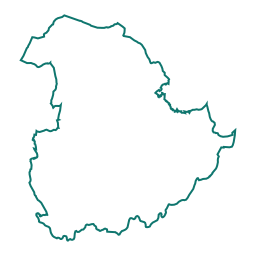 the district of Yahualica, Hidalgo, Mexico
{"feature_id": "50627088B30826569642234", "entity_name": "Yahualica", "entity_type": "district", "adm_level": 2, "iso_a3": "MEX", "parent_name": "Mexico", "parent_adm1": "Hidalgo", "projection": "robinson", "projection_center": [-98.388, 20.92], "detail": "fine", "context": "isolated", "style": "outline", "palette": "teal", "viewbox_px": 256, "rotation_deg": 0, "n_neighbors": 0, "source": "geoboundaries", "source_scale": "gbopen_adm2", "svg_char_len": 5711}
<svg xmlns="http://www.w3.org/2000/svg" viewBox="0 0 256 256"><path d="M32.3,37.2L29.7,43.3L28.2,45.9L28.0,46.9L26.8,48.2L23.5,55.8L20.8,60.2L27.1,63.1L31.1,63.0L33.1,63.8L34.0,64.0L35.7,65.0L37.3,66.8L38.2,67.1L39.4,66.9L41.5,65.8L43.2,64.5L45.1,63.7L46.1,63.4L47.0,63.5L47.4,63.3L48.0,63.6L48.8,63.5L49.8,63.2L50.3,62.7L50.3,63.2L53.8,67.8L55.4,76.2L56.3,79.3L56.5,82.7L56.8,83.7L56.0,86.5L56.1,87.6L55.8,88.8L55.4,89.7L53.4,91.6L53.2,94.4L52.9,95.7L52.0,98.8L51.3,100.2L51.3,102.8L50.8,103.4L52.5,105.7L52.9,106.5L53.0,107.4L53.2,107.8L54.7,106.2L55.7,105.9L58.8,106.0L59.6,105.8L60.4,105.5L60.8,105.0L60.1,110.5L58.9,114.7L58.2,118.6L58.2,119.3L58.9,119.7L57.0,120.3L57.9,122.8L58.2,127.3L58.5,127.9L57.6,127.9L56.5,129.4L55.7,130.1L53.8,129.8L51.5,131.0L50.4,131.2L49.6,131.1L46.6,129.7L45.3,130.0L44.2,130.6L39.7,132.0L37.1,131.5L36.5,131.0L36.0,134.9L34.4,134.6L34.1,136.8L33.2,137.9L32.7,139.9L33.6,140.6L34.0,140.6L34.1,140.3L34.8,141.6L34.6,143.8L35.3,144.3L35.9,146.9L36.1,149.3L34.1,148.6L34.4,149.4L35.3,150.6L35.5,151.2L36.0,151.8L36.9,153.3L37.3,154.8L37.4,156.5L37.3,156.8L36.9,157.0L36.9,157.4L34.6,158.6L34.3,158.7L34.4,157.9L31.6,158.7L30.5,159.5L30.7,160.7L30.4,161.2L30.9,162.1L31.6,165.1L31.3,169.0L30.4,169.4L30.1,171.2L29.5,172.2L29.6,174.4L30.6,179.3L30.6,180.1L30.3,181.4L29.4,182.7L30.6,185.9L34.2,192.3L34.5,194.3L35.0,195.4L35.8,195.9L36.1,197.0L37.8,200.0L39.1,200.8L41.2,202.7L46.3,211.7L47.3,214.9L47.1,215.0L45.9,214.5L45.0,215.1L43.2,214.9L40.7,216.3L40.2,216.3L40.0,216.2L39.9,215.8L40.6,215.5L40.5,215.1L39.0,214.1L38.5,213.4L37.7,213.2L36.5,213.7L36.4,214.1L36.6,214.8L36.3,215.1L36.9,216.4L37.9,217.5L38.4,218.5L39.1,220.8L39.0,221.6L40.2,222.4L41.6,222.7L43.6,223.6L45.0,225.3L46.3,226.0L48.7,226.9L50.0,228.3L50.7,232.0L51.2,233.4L52.7,235.9L54.1,237.0L56.9,238.3L57.4,237.8L58.1,237.7L59.3,238.0L60.6,239.0L61.4,239.0L62.4,238.3L63.5,236.1L64.6,235.9L66.3,236.4L66.8,237.7L66.8,238.8L67.3,240.3L67.9,240.6L69.1,239.6L69.8,239.2L70.4,239.1L71.1,239.7L72.3,239.8L73.7,239.2L74.4,237.7L74.8,233.4L75.4,231.3L76.3,231.0L76.5,231.4L77.8,232.0L79.1,231.8L81.8,229.7L83.4,229.5L85.3,227.2L85.5,226.0L85.9,225.2L87.0,224.5L88.9,225.0L91.5,224.2L93.3,224.0L93.7,224.3L94.4,225.5L95.7,226.3L96.2,227.2L96.2,228.6L97.5,229.7L98.7,229.9L99.5,230.8L100.2,230.9L102.3,229.9L103.4,229.6L104.2,228.9L105.1,228.6L107.0,229.4L107.2,231.7L115.5,232.2L115.7,232.5L117.3,233.4L118.5,234.7L119.5,234.5L120.6,232.5L122.0,231.0L123.3,230.6L125.2,229.7L126.2,229.0L127.5,227.4L129.2,219.9L130.1,218.4L131.0,218.1L131.9,218.3L133.8,219.2L134.2,219.1L135.3,218.3L135.4,217.5L136.2,216.5L137.2,216.0L138.4,216.6L139.1,217.8L140.0,220.2L140.5,221.0L144.2,222.1L145.1,222.8L145.7,224.7L145.7,226.4L146.0,227.0L147.0,227.2L148.5,227.0L149.8,226.5L150.9,224.4L152.7,222.6L157.3,220.2L158.4,217.8L158.7,214.6L160.2,213.2L161.2,213.4L161.6,214.6L161.3,215.6L161.5,216.4L162.2,217.2L162.7,217.3L163.4,216.9L164.2,216.2L165.3,214.4L165.4,213.6L165.8,213.2L166.0,212.2L165.6,210.8L165.6,210.2L165.8,209.6L166.7,208.6L168.7,204.4L169.3,204.3L169.7,204.6L171.6,204.9L174.2,204.7L176.9,203.7L178.8,201.8L180.9,200.6L182.1,200.1L183.5,200.0L184.3,200.2L186.1,199.7L187.7,197.7L189.2,194.9L193.3,188.9L194.5,185.1L195.2,183.6L195.7,180.9L197.0,178.6L197.5,178.2L198.0,178.2L199.0,180.2L201.2,179.7L202.6,179.1L203.6,178.9L206.3,178.7L208.5,177.6L209.4,176.4L210.1,175.8L210.2,176.0L212.4,173.5L212.4,172.9L216.0,168.6L216.6,167.3L217.2,165.5L217.9,162.2L217.8,160.0L218.0,158.3L218.8,156.5L217.5,154.4L221.3,147.4L223.7,147.6L223.8,146.9L229.5,147.3L231.9,146.7L232.8,145.1L233.7,142.0L234.8,135.3L235.2,130.2L232.3,132.8L232.5,134.9L227.6,136.4L223.0,136.8L220.5,136.2L218.5,135.0L217.8,133.3L216.8,133.0L215.8,133.1L215.1,132.6L213.6,132.4L212.7,130.9L212.8,128.8L214.9,124.9L214.6,122.8L213.1,121.5L212.4,121.4L211.5,120.6L210.6,119.0L209.8,116.9L209.1,113.0L208.4,111.2L207.3,106.5L206.7,104.9L206.7,103.9L205.9,105.2L201.9,109.0L201.0,109.4L198.7,109.8L196.7,109.3L194.4,109.8L192.7,109.8L190.9,110.8L189.6,111.0L189.7,112.4L189.4,112.9L188.3,111.3L187.0,112.0L184.5,111.4L185.1,113.1L184.1,112.8L181.6,112.7L180.9,111.9L181.1,111.3L179.5,111.4L179.0,111.3L178.9,111.0L178.3,110.7L178.2,111.3L177.7,111.9L177.4,111.5L176.9,111.5L177.6,110.2L177.0,109.2L175.9,111.3L175.0,111.6L175.1,111.0L173.7,110.4L173.0,110.4L172.7,110.1L172.9,109.7L171.8,109.3L172.2,108.9L170.7,108.1L170.6,106.7L169.8,105.5L170.1,105.6L169.9,104.8L170.0,104.6L169.2,104.0L169.2,103.3L166.4,101.4L166.7,101.2L164.4,99.3L164.8,94.1L162.9,94.3L162.6,93.0L162.1,92.9L162.4,94.5L161.5,94.5L160.7,95.2L161.0,96.1L160.2,96.6L159.6,96.1L158.9,97.2L158.3,96.8L158.0,95.4L158.3,95.0L155.4,92.9L156.8,91.4L159.0,89.9L159.6,91.0L161.1,90.1L161.6,89.2L161.6,88.8L160.7,87.6L161.4,86.7L161.7,85.6L163.2,84.4L164.1,84.3L165.2,83.7L165.8,84.0L166.0,84.4L167.2,83.2L168.5,83.9L168.7,81.4L168.4,80.8L169.1,79.3L167.8,77.8L164.7,75.1L164.6,73.6L164.8,73.0L164.5,72.5L162.8,71.0L162.4,68.7L161.4,66.1L159.5,62.7L158.2,62.0L157.5,61.9L155.3,62.8L153.6,62.3L151.6,63.2L150.8,63.1L150.4,62.5L149.3,59.2L147.7,57.1L145.8,53.1L145.2,50.0L141.8,44.8L140.1,43.4L138.2,42.7L136.9,41.7L134.3,40.4L130.0,37.2L123.7,36.0L123.3,35.5L124.4,32.7L124.6,30.7L124.7,28.4L122.6,26.6L117.6,23.1L117.0,23.9L116.0,24.2L115.0,24.2L114.2,24.6L113.4,25.6L111.0,26.3L110.8,26.6L109.7,27.1L107.9,27.6L106.9,27.2L105.2,27.5L104.7,27.8L103.0,27.9L97.4,27.7L91.0,25.7L90.0,24.8L82.7,22.0L81.7,21.2L79.9,20.7L79.7,20.8L64.3,15.4L62.2,17.0L57.8,18.2L55.5,19.6L54.9,20.5L54.0,21.3L53.4,22.8L53.3,23.7L53.1,24.4L52.4,24.5L49.0,28.0L48.5,30.2L47.7,31.3L47.2,31.7L46.6,32.6L44.3,33.8L43.9,34.4L44.1,36.6L37.9,38.4L34.6,37.5L32.3,37.2Z" fill="none" stroke="#0f766e" stroke-width="2"/></svg>